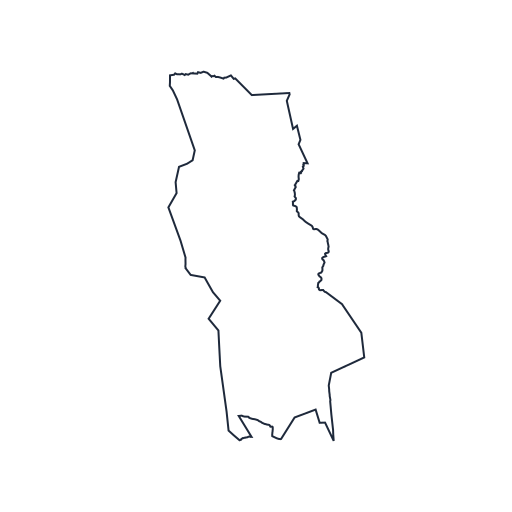 San Felipe Usila, Oaxaca, Mexico (Robinson projection), rotated 153°
{"feature_id": "50627088B9279782447433", "entity_name": "San Felipe Usila", "entity_type": "district", "adm_level": 2, "iso_a3": "MEX", "parent_name": "Mexico", "parent_adm1": "Oaxaca", "projection": "robinson", "projection_center": [-96.517, 17.82], "detail": "fine", "context": "isolated", "style": "outline", "palette": "slate", "viewbox_px": 512, "rotation_deg": 153, "n_neighbors": 0, "source": "geoboundaries", "source_scale": "gbopen_adm2", "svg_char_len": 4710}
<svg xmlns="http://www.w3.org/2000/svg" viewBox="0 0 512 512"><g transform="rotate(153 256 256)"><path d="M359.7,112.9L357.4,106.8L354.3,99.3L353.5,99.2L353.4,99.2L352.7,99.1L352.1,99.6L351.3,99.6L350.6,99.8L350.2,99.5L348.7,99.3L348.3,99.0L347.7,99.0L346.4,98.5L345.8,98.4L345.4,98.4L344.9,98.4L344.1,98.2L343.2,97.6L342.8,97.2L342.6,97.2L342.1,96.9L342.8,106.0L344.0,121.3L343.0,120.9L342.4,120.7L341.3,120.3L340.9,119.9L340.5,119.3L339.9,118.8L339.6,118.5L339.1,118.1L338.2,117.6L337.7,117.3L337.0,117.0L336.4,116.6L336.0,116.4L335.7,116.1L335.6,115.1L335.3,114.7L335.0,114.3L334.6,113.9L334.3,113.6L333.8,113.1L333.3,112.6L332.6,112.1L331.3,111.2L330.3,110.3L330.0,110.0L329.5,109.5L329.1,109.2L328.7,108.5L328.5,108.1L328.2,107.4L327.2,106.3L326.8,105.7L326.5,105.0L326.3,104.6L326.1,104.3L325.7,103.9L324.7,102.6L324.2,102.1L323.9,102.0L323.2,101.3L322.6,100.7L322.0,100.3L321.4,99.9L320.9,99.4L320.6,98.7L320.7,97.9L320.7,97.5L320.3,97.1L319.6,96.9L319.0,96.6L318.8,96.0L319.0,95.5L319.2,95.1L319.4,94.7L319.6,94.3L319.8,93.9L320.1,93.4L320.6,92.7L320.8,92.3L321.8,90.9L322.1,90.3L322.5,89.8L323.1,88.6L323.3,88.1L320.6,84.6L320.1,84.0L319.4,83.3L318.8,82.7L318.0,82.2L317.3,81.7L316.7,81.6L294.9,94.6L272.6,92.1L275.0,78.5L270.1,76.2L270.7,56.0L268.5,61.2L268.5,61.3L266.3,66.0L265.6,67.9L260.8,80.6L255.9,92.8L255.6,93.3L255.1,93.8L253.9,97.8L253.4,98.8L252.2,102.2L251.5,103.7L251.4,103.9L250.5,106.2L250.4,106.5L250.0,107.5L249.9,107.7L242.0,117.8L205.6,116.5L197.0,139.8L201.1,172.8L201.1,173.8L210.1,192.1L210.6,192.4L211.0,193.0L211.3,193.8L211.5,194.7L211.6,195.2L212.0,195.4L212.5,195.6L213.0,195.9L213.5,196.0L214.0,196.2L214.6,196.6L214.8,197.0L215.1,197.6L214.9,198.1L214.7,198.4L214.6,198.8L214.7,199.3L214.7,199.6L215.2,200.2L214.7,200.7L214.5,201.2L214.1,201.8L213.8,202.3L213.4,202.8L213.2,203.1L212.8,203.7L212.4,203.7L211.8,203.9L211.1,204.4L210.8,204.3L210.2,204.4L209.7,204.6L208.8,204.8L208.4,205.2L208.2,205.7L207.8,206.4L207.8,207.0L207.9,207.5L208.1,208.1L208.6,208.8L208.7,209.3L208.8,210.1L208.9,210.5L208.9,211.2L208.4,211.8L208.0,211.9L207.6,211.9L207.1,211.8L206.3,211.8L205.4,211.6L204.7,212.0L204.0,212.5L203.6,212.7L203.2,213.3L202.8,214.1L202.6,214.5L202.4,215.0L202.1,215.7L201.7,216.0L200.6,216.6L199.7,217.7L197.9,219.1L197.7,220.4L197.7,220.8L197.7,221.7L198.0,222.1L198.2,222.6L198.3,223.4L198.0,224.1L197.0,224.4L196.4,224.5L195.5,224.3L194.0,224.0L193.6,224.0L193.7,224.8L193.6,226.1L193.4,226.7L192.3,226.9L191.4,226.5L190.7,226.4L190.2,226.3L189.3,226.7L189.0,227.4L188.9,228.4L188.7,229.1L188.4,229.6L188.1,230.2L187.1,231.3L187.0,231.7L186.7,232.6L186.5,233.2L186.4,233.7L186.2,234.6L186.0,235.3L185.8,235.8L185.7,236.3L185.7,236.7L185.5,237.1L184.9,237.7L184.6,238.3L184.6,238.7L184.6,239.5L184.6,240.2L184.6,240.9L184.6,242.1L184.9,243.2L185.4,244.1L185.9,244.7L186.3,245.4L186.8,246.1L187.2,246.9L187.5,247.8L187.9,248.9L188.3,250.0L189.1,251.8L189.4,252.0L189.9,252.6L190.6,253.0L191.5,253.2L192.4,253.7L192.8,254.4L192.5,255.5L192.4,256.1L192.5,256.6L192.5,257.3L192.8,258.0L194.8,261.2L196.3,263.9L196.9,265.4L197.6,267.5L198.3,268.8L198.7,269.6L199.2,270.5L199.4,271.0L199.5,271.3L199.7,271.8L199.6,272.6L199.4,273.0L199.1,273.8L198.6,274.7L198.6,275.5L198.8,276.1L199.1,276.7L199.3,277.4L198.8,278.3L198.4,278.9L197.7,280.6L197.6,281.4L198.2,282.5L199.9,284.1L199.9,284.7L198.8,286.9L198.5,287.7L196.8,287.5L196.1,287.9L195.3,288.0L194.6,288.6L194.2,289.5L194.6,291.5L193.6,292.7L192.8,294.6L192.3,296.8L192.4,297.3L189.3,299.4L189.3,301.0L189.0,300.9L188.9,301.3L189.0,301.6L185.1,304.1L184.3,303.6L183.0,305.0L182.1,307.3L181.1,309.0L179.8,310.5L178.6,309.4L178.1,309.6L178.1,310.6L176.7,310.7L176.7,311.0L175.0,311.7L174.0,312.3L173.7,314.3L172.8,314.5L172.6,315.2L172.1,315.4L172.2,316.2L171.5,316.6L171.3,317.1L168.0,315.2L167.3,336.2L163.7,339.3L160.4,353.5L165.3,352.4L158.1,380.3L152.7,384.7L152.3,386.1L186.7,401.3L193.9,423.7L195.4,423.9L196.4,428.3L201.6,428.5L203.3,429.3L204.4,428.8L206.9,431.3L208.6,432.8L210.5,433.7L211.2,435.5L211.9,435.4L213.5,436.2L214.2,436.0L214.3,436.5L216.2,441.3L219.0,444.0L222.2,444.3L224.2,446.1L225.5,445.1L229.1,447.2L229.1,447.7L230.0,447.7L231.2,448.4L232.9,448.4L234.0,448.3L236.1,450.0L237.4,449.6L238.2,450.8L239.3,452.1L240.9,452.2L244.0,453.9L245.1,455.4L246.7,454.7L250.6,456.0L253.8,449.8L255.6,446.7L254.9,441.2L255.2,431.4L262.6,377.9L269.0,370.1L275.5,369.5L284.1,370.4L294.1,358.3L298.2,348.1L312.0,339.1L316.3,303.9L319.5,286.6L320.3,285.2L322.5,280.7L322.9,280.1L323.7,278.8L324.0,277.4L324.3,277.2L322.8,268.8L311.5,260.2L311.3,254.8L310.8,243.3L308.2,232.4L326.7,221.6L323.3,206.7L329.8,192.2L337.9,174.0L352.9,130.6L359.7,112.9Z" fill="none" stroke="#1e293b" stroke-width="2"/></g></svg>